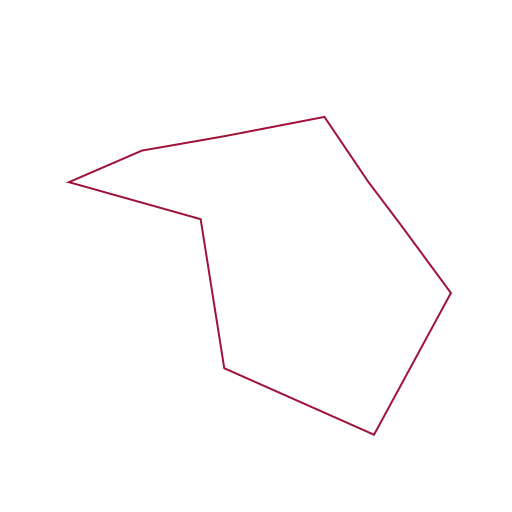 Bulgan, Bulgan, Mongolia (orthographic projection), rotated 12°
{"feature_id": "93677404B52410770806763", "entity_name": "Bulgan", "entity_type": "district", "adm_level": 2, "iso_a3": "MNG", "parent_name": "Mongolia", "parent_adm1": "Bulgan", "projection": "orthographic", "projection_center": [103.463, 48.822], "detail": "fine", "context": "isolated", "style": "outline", "palette": "rose", "viewbox_px": 512, "rotation_deg": 12, "n_neighbors": 0, "source": "geoboundaries", "source_scale": "gbopen_adm2", "svg_char_len": 330}
<svg xmlns="http://www.w3.org/2000/svg" viewBox="0 0 512 512"><g transform="rotate(12 256 256)"><path d="M57.6,222.7L57.9,222.7L194.2,231.5L248.3,372.4L408.6,406.3L454.3,251.8L454.4,251.7L391.1,195.4L350.6,160.3L294.0,105.7L200.1,145.4L122.5,176.6L122.1,176.9L57.6,222.7Z" fill="none" stroke="#9f1239" stroke-width="2"/></g></svg>